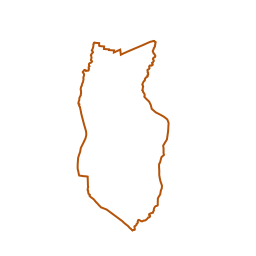 the district of Nealtican, Puebla, Mexico, rotated 239°
{"feature_id": "50627088B48552785623395", "entity_name": "Nealtican", "entity_type": "district", "adm_level": 2, "iso_a3": "MEX", "parent_name": "Mexico", "parent_adm1": "Puebla", "projection": "albers", "projection_center": [-98.437, 19.058], "detail": "fine", "context": "isolated", "style": "outline", "palette": "amber", "viewbox_px": 256, "rotation_deg": 239, "n_neighbors": 0, "source": "geoboundaries", "source_scale": "gbopen_adm2", "svg_char_len": 5657}
<svg xmlns="http://www.w3.org/2000/svg" viewBox="0 0 256 256"><g transform="rotate(239 128 128)"><path d="M112.4,61.7L109.5,65.2L108.2,67.1L107.1,68.4L100.7,64.8L98.7,63.7L97.9,63.5L97.0,62.4L96.0,61.9L95.7,61.4L94.6,61.5L94.0,61.0L93.4,60.9L92.9,60.6L92.1,60.3L91.4,60.5L90.4,60.9L89.7,60.1L88.2,60.4L84.6,61.9L81.6,62.3L79.1,62.9L76.3,63.4L73.9,64.0L69.1,67.7L51.2,75.1L48.3,75.9L45.4,77.0L43.8,77.6L42.5,77.8L40.8,78.2L40.0,78.6L39.1,78.7L38.6,78.8L37.9,79.1L38.0,79.3L38.0,79.8L37.9,80.0L37.6,80.4L37.5,80.9L37.4,81.1L37.4,81.3L37.4,81.5L37.6,81.6L38.0,81.8L38.4,82.0L40.3,82.8L40.3,83.9L40.7,85.5L41.3,85.9L41.5,86.7L41.7,87.5L41.9,87.8L42.8,88.1L43.2,88.5L43.5,88.8L43.8,89.6L43.5,90.1L41.2,91.4L40.7,92.0L40.6,92.8L40.7,93.4L40.5,93.8L40.1,94.6L40.0,95.1L39.9,95.6L40.0,96.2L40.1,96.7L40.1,97.0L40.2,97.4L40.5,98.3L40.7,98.7L40.9,99.4L40.8,99.5L40.7,99.8L40.5,100.2L40.6,100.8L41.0,101.5L41.6,101.7L42.1,101.6L42.5,101.3L42.8,101.4L43.1,101.6L43.3,102.0L43.1,104.0L42.7,105.2L42.6,105.9L43.5,106.6L43.7,107.2L43.9,107.7L44.8,108.1L45.5,108.7L46.0,109.4L46.3,109.9L46.7,110.9L46.7,111.8L46.4,112.6L46.4,112.9L46.3,113.2L46.6,113.8L48.8,115.1L52.3,117.4L53.5,119.4L54.5,121.4L57.6,124.1L58.8,125.8L61.0,127.4L63.2,127.9L65.7,128.4L68.9,129.5L71.7,130.6L74.9,132.6L78.7,134.6L81.2,136.2L81.9,137.7L84.2,140.0L85.8,141.7L86.4,145.0L87.9,145.4L92.1,147.9L94.8,149.1L98.1,155.4L101.7,158.4L104.7,160.8L111.4,165.4L115.1,166.1L119.1,164.6L122.5,162.7L127.2,159.8L132.1,158.2L136.1,159.4L139.8,159.7L144.2,158.5L146.4,158.1L146.7,158.5L146.9,158.6L147.1,158.9L147.3,159.0L147.5,159.1L148.0,159.4L148.1,159.5L148.5,159.5L149.0,159.7L150.9,159.5L151.4,159.5L151.7,159.6L152.0,159.9L152.4,159.9L152.9,159.7L153.1,159.7L153.3,160.0L153.8,160.7L154.3,161.0L155.1,161.7L155.5,161.9L155.6,162.1L155.7,162.3L155.9,162.3L156.2,162.4L156.6,162.5L156.9,162.7L157.1,162.7L157.4,162.7L157.7,162.6L157.8,162.8L158.1,162.9L159.5,164.8L159.9,165.8L160.0,166.1L160.2,166.6L160.1,166.8L160.3,167.1L160.6,167.4L161.1,167.6L161.3,167.8L161.4,168.0L161.7,168.5L161.9,169.3L162.1,169.7L162.1,169.9L162.0,170.4L162.0,170.8L162.1,171.2L162.2,171.6L162.6,171.9L162.8,172.0L163.2,171.9L163.3,172.7L163.4,172.9L163.8,173.1L164.3,173.3L164.6,173.4L164.9,173.7L165.1,173.8L165.5,173.5L165.8,173.6L166.4,174.0L167.0,174.3L167.3,174.3L167.5,174.6L167.8,174.8L167.8,175.0L167.8,175.3L167.8,176.7L167.9,176.9L168.1,177.1L168.4,177.3L168.6,177.4L169.5,177.6L169.9,177.9L170.3,178.9L170.3,179.0L170.2,179.2L169.8,179.7L169.6,179.8L169.4,180.1L169.4,180.3L169.5,180.6L169.6,180.8L169.3,181.3L169.5,181.5L170.0,182.1L171.1,182.0L171.3,182.1L171.5,182.2L171.5,182.3L171.5,182.8L171.5,183.3L171.9,183.9L172.1,184.5L172.6,184.9L173.1,184.9L173.6,184.8L174.3,184.9L174.6,185.1L174.9,185.6L174.9,186.0L175.1,186.3L175.0,186.6L175.0,187.1L174.9,187.5L175.0,187.7L175.3,188.0L175.4,188.3L175.8,188.6L176.5,188.6L176.9,188.7L177.4,188.7L177.9,188.7L178.5,188.4L178.8,188.4L179.0,188.4L179.3,188.4L179.4,188.5L179.5,188.6L180.7,188.7L181.0,188.7L181.2,188.9L181.3,189.0L181.6,189.3L182.1,190.2L182.5,190.7L182.7,190.9L182.8,190.9L183.0,191.0L183.3,191.4L183.4,191.8L183.7,192.3L183.8,192.8L183.9,193.0L184.1,193.2L184.4,193.3L184.7,193.4L184.9,193.5L185.1,193.7L185.4,194.2L185.7,194.4L185.9,194.7L186.1,194.9L186.5,195.0L186.8,195.3L187.0,195.4L187.2,195.8L187.3,195.9L187.5,195.9L187.9,195.4L188.1,195.3L188.4,195.3L188.6,195.3L189.0,195.4L189.2,195.1L189.4,194.9L189.5,194.7L189.6,194.2L190.5,191.0L190.6,190.0L191.2,185.4L191.2,185.1L191.3,184.8L191.3,184.1L191.6,182.1L192.8,173.7L193.8,166.5L193.9,165.1L194.2,163.1L194.5,159.6L199.2,161.7L200.0,154.8L201.7,156.0L204.6,151.8L205.2,152.2L208.1,148.1L210.2,149.5L213.0,145.7L213.5,145.7L215.6,147.0L218.0,143.6L218.4,143.5L218.5,143.2L218.6,142.7L218.4,142.4L217.6,141.8L217.5,141.4L217.3,141.3L217.0,141.1L216.8,141.0L215.8,140.3L215.1,139.6L214.6,139.0L214.0,138.4L213.6,137.7L213.4,137.2L213.1,136.9L212.7,136.9L212.1,137.2L211.5,137.1L211.0,136.8L210.9,136.8L210.9,136.6L210.8,136.3L210.7,136.1L210.5,135.9L210.3,135.2L210.2,134.9L210.0,134.3L209.7,134.1L209.5,133.7L209.4,133.6L208.9,133.7L208.6,133.6L208.3,133.4L208.0,133.3L207.5,133.1L207.0,132.9L206.8,132.7L206.4,132.4L206.2,132.2L205.8,131.6L205.2,131.2L204.3,131.5L204.1,131.5L203.6,131.5L203.4,131.2L203.1,130.1L203.1,129.7L203.3,128.6L203.2,128.0L202.8,127.4L202.4,127.1L202.1,126.9L201.3,126.8L201.1,126.9L200.8,126.9L200.7,126.6L200.7,126.2L200.6,125.8L200.3,125.5L200.1,125.4L199.8,125.2L199.1,125.2L198.9,124.9L198.7,124.7L198.2,124.5L197.9,124.2L197.7,123.8L197.7,123.4L197.7,123.2L198.4,122.3L198.4,122.0L198.4,121.7L198.6,121.3L198.9,121.3L199.4,121.2L199.6,121.2L200.0,120.9L200.1,120.7L200.2,120.3L199.9,119.7L199.7,119.2L199.5,118.4L199.3,118.1L199.2,118.0L199.0,117.9L198.6,117.9L198.3,118.1L197.7,118.2L196.8,118.0L196.3,117.8L196.1,117.6L195.7,117.4L195.2,116.7L194.6,116.2L194.4,116.0L194.1,115.6L193.5,115.3L193.1,115.2L192.6,114.9L191.8,114.2L191.1,113.5L190.5,113.0L190.3,112.7L190.1,112.3L189.8,112.0L189.5,111.5L189.1,111.0L188.6,110.6L188.2,110.4L188.0,110.2L187.8,109.8L187.7,109.3L186.7,108.3L186.2,107.9L185.7,107.4L185.2,107.2L184.5,107.0L183.7,106.7L182.0,105.7L181.3,105.0L180.8,104.6L180.3,104.4L179.8,103.3L179.5,102.8L179.2,102.5L178.7,101.7L177.8,101.1L177.2,100.8L176.8,100.4L176.5,99.9L176.3,99.6L175.4,98.9L175.2,98.5L174.9,98.3L174.4,98.0L173.5,98.6L173.1,98.4L172.7,97.8L171.9,97.5L171.0,97.7L170.8,97.6L167.5,96.5L164.0,95.2L153.8,92.2L146.6,90.3L143.5,88.7L140.9,86.1L138.0,81.7L135.2,77.3L132.4,74.9L129.9,71.9L128.2,70.0L123.3,66.5L121.1,65.1L118.9,63.8L116.2,63.0L113.9,62.1L112.4,61.7Z" fill="none" stroke="#b45309" stroke-width="2"/></g></svg>